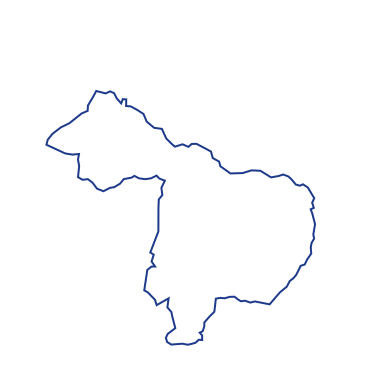 Três Forquilhas, Rio Grande do Sul, Brazil, rotated 148°
{"feature_id": "56859067B63561064901677", "entity_name": "Três Forquilhas", "entity_type": "district", "adm_level": 2, "iso_a3": "BRA", "parent_name": "Brazil", "parent_adm1": "Rio Grande do Sul", "projection": "mercator", "projection_center": [-50.078, -29.445], "detail": "fine", "context": "isolated", "style": "outline", "palette": "blue", "viewbox_px": 384, "rotation_deg": 148, "n_neighbors": 0, "source": "geoboundaries", "source_scale": "gbopen_adm2", "svg_char_len": 1806}
<svg xmlns="http://www.w3.org/2000/svg" viewBox="0 0 384 384"><g transform="rotate(148 192 192)"><path d="M252.9,71.4L250.7,74.8L242.8,77.2L236.5,78.6L228.3,88.9L224.2,87.3L220.7,84.6L215.3,83.0L211.4,80.6L210.0,76.6L208.4,73.4L204.8,71.8L201.1,67.3L196.7,65.9L185.7,55.6L170.6,60.3L161.7,61.5L156.3,64.7L152.0,65.1L147.8,66.4L142.9,69.3L139.0,71.8L134.8,70.8L130.2,73.7L123.5,76.6L120.7,82.0L117.5,85.5L113.2,87.7L111.6,91.7L104.7,99.5L101.4,110.0L100.5,114.4L97.1,114.0L95.8,119.2L91.6,122.0L91.4,134.5L93.8,139.7L97.2,140.2L100.0,143.3L100.9,150.0L102.1,154.2L105.4,158.5L110.2,159.7L117.2,162.5L122.7,173.7L130.0,178.8L139.0,181.2L149.6,187.4L154.3,198.8L152.9,203.4L156.4,209.8L154.5,216.2L156.3,219.6L162.7,230.5L166.8,232.9L171.1,232.2L174.8,237.5L182.5,239.5L183.6,243.1L185.5,251.1L184.1,261.5L190.1,266.5L193.1,275.6L191.8,283.9L195.0,290.7L198.7,297.2L202.3,299.8L198.7,305.4L201.5,307.4L205.1,304.7L206.2,311.0L205.7,317.1L208.1,320.7L213.0,321.4L219.7,328.4L226.0,324.8L234.4,320.5L237.5,316.1L244.1,317.1L259.5,315.3L268.9,316.3L279.4,315.3L286.6,312.8L290.4,309.2L279.1,291.9L273.6,287.1L267.7,284.1L271.5,279.9L274.0,273.7L280.8,265.0L278.3,260.3L273.5,258.1L271.4,252.6L270.8,245.2L266.7,239.6L259.4,239.0L255.3,237.3L248.6,237.2L243.1,239.1L235.6,236.2L232.3,236.2L229.7,231.7L224.9,227.7L219.5,225.3L213.4,224.7L212.5,220.6L209.0,216.0L215.7,211.8L218.8,205.1L224.1,203.3L229.0,196.1L241.4,176.4L259.4,162.8L257.7,159.1L263.1,154.5L262.8,148.4L265.9,150.2L271.2,149.6L284.6,133.9L282.6,130.1L280.5,120.2L281.9,114.8L268.2,114.2L274.0,107.2L273.1,101.1L274.5,97.5L278.3,85.4L287.8,84.5L291.4,82.2L292.6,78.0L290.4,73.6L280.5,68.4L276.5,64.7L272.4,63.3L268.9,62.3L264.6,63.1L261.8,61.1L259.4,65.0L260.0,68.6L256.7,68.3L252.9,71.4Z" fill="none" stroke="#1e3a8a" stroke-width="2"/></g></svg>